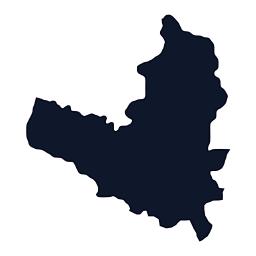 the district of Santiago de los Caballeros, Santiago, Dominican Republic
{"feature_id": "3306468B7799388924344", "entity_name": "Santiago de los Caballeros", "entity_type": "district", "adm_level": 2, "iso_a3": "DOM", "parent_name": "Dominican Republic", "parent_adm1": "Santiago", "projection": "orthographic", "projection_center": [-70.731, 19.487], "detail": "fine", "context": "isolated", "style": "filled", "palette": "ink", "viewbox_px": 256, "rotation_deg": 0, "n_neighbors": 0, "source": "geoboundaries", "source_scale": "gbopen_adm2", "svg_char_len": 5851}
<svg xmlns="http://www.w3.org/2000/svg" viewBox="0 0 256 256"><path d="M211.6,225.2L208.2,222.2L204.4,215.6L203.6,209.4L203.6,205.0L205.9,202.6L210.5,201.0L212.8,199.9L219.0,199.7L222.1,199.2L222.1,194.6L221.9,192.2L223.4,189.1L219.8,188.8L218.9,188.5L218.5,188.2L218.0,187.5L217.1,184.6L215.4,181.7L214.8,181.1L212.6,180.2L212.1,179.6L211.7,178.9L211.0,176.8L209.8,174.4L209.6,173.0L209.6,172.1L209.9,171.3L210.2,170.9L210.6,170.6L211.0,170.5L211.9,170.3L216.0,170.2L217.6,169.9L218.4,169.6L220.7,168.3L221.3,167.8L221.6,167.5L222.9,165.3L223.5,164.0L223.8,163.1L224.3,160.8L224.6,159.9L225.5,157.8L226.1,155.0L226.4,154.1L227.1,152.9L229.0,149.9L225.4,149.8L219.3,149.7L214.3,149.8L212.3,150.1L211.4,150.5L210.0,151.2L209.3,151.4L208.4,151.2L208.1,151.0L207.7,150.6L207.5,150.2L207.4,149.3L207.4,147.8L207.7,146.2L208.0,145.3L209.0,143.3L209.3,142.3L209.5,141.2L209.6,137.9L209.5,126.2L209.6,124.6L209.8,123.5L210.2,122.6L211.1,121.4L212.6,120.0L214.7,118.5L215.2,117.8L215.4,117.3L215.6,116.4L215.7,112.8L215.8,111.8L216.1,110.8L216.6,110.0L217.6,109.1L218.3,108.6L220.0,107.8L220.9,107.2L222.1,106.2L223.3,105.1L224.4,103.9L225.0,103.1L225.5,102.1L225.8,101.2L226.3,98.9L227.0,97.0L227.1,96.2L227.0,95.8L226.7,95.0L224.8,91.6L224.2,90.7L223.2,89.5L222.1,88.6L220.7,87.6L220.2,86.9L219.9,85.5L219.7,81.4L219.5,80.3L219.0,79.5L218.5,78.7L217.8,78.2L215.8,77.2L215.1,76.7L214.2,75.7L213.8,74.8L213.6,73.8L213.6,72.9L213.8,71.9L214.0,71.5L214.5,70.7L215.1,70.1L217.0,68.7L217.2,68.3L217.6,67.5L217.7,66.5L217.8,64.9L217.8,62.8L217.7,61.2L217.4,59.6L217.0,58.7L216.4,57.9L214.6,55.5L214.1,54.6L213.9,54.1L213.7,53.1L213.6,52.1L213.6,46.7L213.4,45.7L213.2,44.7L212.4,43.3L210.5,41.0L209.2,39.2L208.9,38.9L208.2,38.5L207.3,38.3L204.0,37.9L203.2,37.6L201.5,36.8L200.6,36.5L199.1,36.3L195.3,36.1L193.8,35.8L193.3,35.6L192.4,35.1L190.1,33.3L188.8,32.5L187.4,32.2L184.0,31.8L183.1,31.5L182.7,31.3L182.0,30.7L181.1,29.7L180.2,27.6L179.1,25.6L178.4,23.8L177.5,22.6L175.8,20.6L172.9,17.5L171.7,16.5L170.4,15.7L169.5,15.4L168.5,15.4L167.5,15.5L166.6,15.7L165.9,16.2L165.2,16.8L163.8,18.7L163.1,19.1L162.4,19.4L162.6,22.4L162.8,23.3L163.5,25.2L163.5,25.6L163.5,26.0L163.2,26.8L162.0,29.6L160.9,31.5L160.7,32.3L160.7,33.3L161.0,34.2L161.5,34.9L163.3,37.0L164.1,38.2L165.4,41.0L165.6,41.8L165.7,42.2L165.5,42.9L164.8,44.9L164.3,47.2L164.1,48.2L162.8,50.6L162.1,52.3L161.6,53.1L161.0,53.8L159.3,55.4L158.1,56.2L156.4,57.0L155.7,57.4L152.4,60.0L147.9,62.2L144.6,62.9L143.7,63.2L141.7,64.3L139.6,65.3L137.8,66.7L137.7,68.9L137.8,70.5L138.0,71.5L138.5,72.4L139.1,72.9L141.3,74.2L143.3,75.1L144.1,75.6L145.1,76.5L145.6,77.3L145.8,77.8L146.0,78.8L146.1,80.4L146.0,87.7L146.1,94.4L146.0,96.0L145.8,97.0L145.4,97.9L145.1,98.3L144.5,98.9L143.7,99.4L143.2,99.6L142.2,99.8L139.5,100.0L138.5,100.1L137.6,100.4L135.5,101.3L132.9,102.0L132.2,102.3L130.0,104.3L127.2,109.0L126.0,110.4L125.7,111.2L125.6,111.7L125.6,112.6L125.7,113.5L125.9,114.0L126.4,114.9L127.4,116.0L128.5,117.0L129.4,117.6L131.0,118.3L131.7,118.8L132.3,119.3L132.8,120.0L132.8,120.4L132.9,120.8L132.6,121.6L131.7,123.3L131.2,124.0L130.5,124.5L128.2,125.7L127.4,126.1L125.8,126.4L121.7,126.5L120.8,126.8L120.4,126.9L119.8,127.5L118.9,129.7L118.5,130.3L116.5,131.6L115.8,131.8L114.9,131.7L114.2,131.3L113.7,130.6L113.5,130.2L113.3,129.8L113.2,128.8L113.2,124.7L113.1,123.8L112.9,123.4L112.6,123.1L112.2,122.9L111.8,122.8L111.0,122.8L109.0,123.9L108.1,124.1L107.3,124.2L106.4,124.1L106.0,123.9L105.6,123.6L105.4,123.3L105.1,122.4L105.1,122.0L105.2,121.1L105.4,120.3L106.0,119.0L106.2,118.3L106.1,117.9L105.7,117.2L105.1,116.6L104.7,116.5L104.3,116.3L103.4,116.3L102.6,116.6L100.9,117.4L100.1,117.5L99.7,117.4L99.1,117.2L98.3,116.6L97.5,116.2L95.0,115.5L93.0,114.5L92.2,114.3L91.7,114.3L91.2,114.3L90.4,114.5L88.4,115.4L86.1,116.2L84.2,117.0L81.4,115.4L80.8,114.9L80.1,113.9L79.4,113.2L78.6,112.5L78.1,112.3L76.6,111.9L72.5,111.6L71.6,111.4L71.2,111.1L70.9,110.9L70.5,110.1L70.0,107.1L69.8,106.7L69.5,106.3L69.2,106.1L68.4,105.9L67.5,106.1L64.9,107.7L63.6,108.8L62.8,109.0L62.0,108.9L61.6,108.7L60.8,108.2L59.2,106.2L58.6,105.7L57.2,105.1L56.6,104.6L56.2,104.0L55.8,103.0L55.4,102.3L55.2,102.0L54.4,101.6L53.6,101.4L52.7,101.4L51.9,101.6L50.2,102.2L49.3,102.2L48.5,101.9L46.9,101.2L46.2,101.0L44.6,100.8L43.7,100.6L40.9,99.4L36.6,98.2L35.6,101.7L35.0,104.6L34.7,105.5L33.9,107.1L33.6,108.0L33.4,109.0L33.2,111.7L32.8,113.3L31.6,115.7L30.9,117.4L29.5,119.8L28.8,121.5L27.7,123.5L27.4,124.4L27.1,126.0L27.0,128.2L27.0,133.7L27.2,136.5L27.5,138.0L28.7,140.9L29.4,143.7L29.6,144.2L30.0,144.9L31.0,145.9L31.8,146.4L35.4,148.1L36.9,148.5L40.8,148.9L43.1,149.6L45.4,150.9L47.3,152.2L49.9,153.5L52.6,155.7L53.9,156.5L55.3,156.8L59.8,157.1L61.3,157.3L61.7,157.5L62.6,158.0L65.0,159.9L66.2,160.6L67.2,160.9L68.2,161.1L72.0,161.2L72.9,161.4L73.7,161.8L74.2,162.5L75.6,164.7L76.0,165.5L76.6,167.2L77.9,169.7L78.4,170.9L78.9,171.7L79.5,172.4L80.2,173.0L81.1,173.4L82.0,173.6L85.4,173.9L86.8,174.4L87.6,174.9L90.4,177.1L92.5,178.2L93.4,178.7L94.9,180.1L95.9,181.3L96.5,182.1L97.3,183.8L98.3,185.8L98.6,186.7L98.9,188.2L98.8,190.2L98.6,191.7L97.9,192.9L96.8,194.4L97.2,195.4L97.8,196.0L98.6,196.3L100.1,196.5L103.4,196.6L108.4,196.4L110.4,196.2L112.8,195.4L113.2,195.4L114.0,195.5L116.4,196.8L117.6,197.7L118.2,198.2L119.5,198.5L122.3,198.9L123.2,199.1L124.3,199.9L124.9,200.5L126.1,202.2L127.8,203.4L128.5,204.0L129.1,204.7L129.5,205.5L130.6,207.8L130.8,208.5L130.7,209.3L130.3,210.0L130.0,210.3L131.1,211.0L136.7,213.7L139.8,213.7L143.2,210.1L147.0,209.9L148.8,215.6L154.0,215.6L159.2,218.6L159.9,221.9L160.4,225.4L166.4,227.6L171.5,226.8L175.7,224.3L177.2,222.4L180.3,219.7L186.0,219.7L190.1,219.4L194.2,228.2L197.1,233.1L197.3,235.8L199.8,240.6L201.2,240.0L202.5,239.2L205.2,237.0L206.7,236.1L207.3,235.4L209.3,232.1L210.0,230.4L211.2,227.9L211.4,227.0L211.6,225.2Z" fill="#0f172a" stroke="#020617" stroke-width="1.5"/></svg>